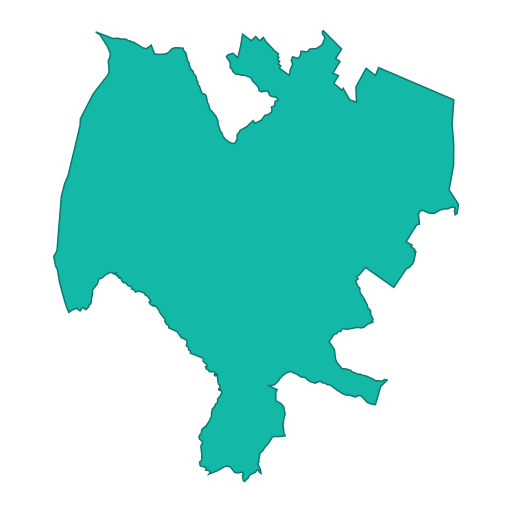 the district of Xaltocan, Tlaxcala, Mexico
{"feature_id": "50627088B23292319838140", "entity_name": "Xaltocan", "entity_type": "district", "adm_level": 2, "iso_a3": "MEX", "parent_name": "Mexico", "parent_adm1": "Tlaxcala", "projection": "orthographic", "projection_center": [-98.236, 19.419], "detail": "fine", "context": "isolated", "style": "filled", "palette": "teal", "viewbox_px": 512, "rotation_deg": 0, "n_neighbors": 0, "source": "geoboundaries", "source_scale": "gbopen_adm2", "svg_char_len": 5958}
<svg xmlns="http://www.w3.org/2000/svg" viewBox="0 0 512 512"><path d="M453.8,99.8L378.6,67.6L375.5,75.5L366.1,68.3L355.9,87.1L356.5,102.2L349.6,99.7L343.2,88.4L342.1,90.3L333.8,83.4L338.5,75.6L332.8,73.3L340.0,61.4L335.6,58.6L341.6,49.0L323.3,30.7L322.4,31.7L322.3,32.7L322.6,34.1L324.1,36.1L324.8,38.5L322.2,44.5L321.3,45.4L316.3,48.6L309.5,49.1L308.4,51.0L306.8,51.7L305.5,51.9L301.8,51.1L300.9,51.6L300.5,55.1L298.8,57.7L297.7,58.3L292.6,56.8L291.3,60.5L292.6,64.3L290.0,70.4L290.0,72.8L289.1,75.2L279.3,68.1L280.8,65.8L278.1,64.0L279.7,61.3L277.4,59.6L278.9,57.5L277.5,56.1L278.5,53.8L274.7,50.9L265.8,41.5L263.3,37.4L259.6,40.8L255.7,36.5L251.3,40.7L242.6,34.2L240.6,46.3L237.8,57.8L233.1,53.3L228.5,54.6L226.5,56.4L226.7,57.5L228.7,60.0L230.3,63.2L230.2,67.7L231.9,69.1L233.1,71.9L235.9,74.2L238.5,74.3L242.1,75.4L242.8,75.1L245.0,75.4L250.7,77.5L252.7,81.1L257.6,86.1L258.7,88.4L259.1,90.7L262.1,91.9L263.0,91.3L264.9,91.4L267.7,90.7L268.2,91.2L268.2,92.4L269.1,92.8L269.0,94.4L270.2,95.8L273.5,96.9L275.9,97.0L278.3,100.0L275.1,101.4L274.5,105.9L271.4,107.0L272.0,109.8L271.2,112.5L267.6,114.8L265.0,115.2L262.4,118.7L261.8,120.2L260.5,120.3L259.1,121.5L254.5,123.2L253.1,120.6L246.5,126.9L240.1,130.3L239.4,131.9L237.2,134.4L237.2,137.5L236.6,140.2L234.8,143.2L233.6,143.7L229.9,142.6L224.5,138.6L224.0,137.4L223.2,136.9L221.9,133.1L220.0,130.3L218.2,124.5L217.8,120.6L215.5,115.4L214.7,115.1L212.1,111.4L210.1,109.9L208.9,105.4L206.8,100.7L207.1,99.7L206.2,96.1L204.8,94.1L202.5,93.6L201.7,92.6L199.3,86.0L197.9,84.3L198.0,82.1L196.6,80.0L196.1,76.6L193.7,73.7L193.1,71.3L192.6,70.6L190.8,70.0L190.9,68.7L189.3,65.6L189.0,62.7L187.5,60.5L185.9,53.0L183.7,50.5L183.0,48.1L175.5,47.7L173.2,48.2L171.5,49.2L169.0,52.0L167.0,53.4L164.0,54.1L159.1,54.4L154.6,54.0L151.2,45.1L146.4,48.7L143.0,48.0L133.9,42.3L132.1,42.0L129.9,40.8L128.5,40.8L125.8,39.1L121.3,39.1L117.5,38.2L112.8,38.5L95.7,31.9L100.0,34.8L107.4,46.4L109.7,51.9L110.2,53.5L110.0,56.6L108.2,61.5L108.8,65.0L109.0,72.6L107.5,75.4L93.1,94.0L80.4,118.8L80.0,125.9L68.2,175.2L64.6,183.7L61.3,196.7L57.1,249.7L56.3,252.1L53.7,256.4L55.7,266.3L57.5,269.8L59.5,282.0L62.7,294.2L66.0,305.5L68.1,310.7L68.9,312.4L72.1,310.1L76.2,308.4L77.5,308.9L79.1,310.5L80.5,310.8L82.0,307.9L82.9,307.6L85.5,309.5L86.2,309.5L88.6,306.9L89.2,304.4L90.3,304.4L91.3,302.3L91.5,298.1L92.5,294.9L92.5,290.8L92.8,289.7L97.4,283.8L98.8,279.5L99.6,278.6L101.6,278.3L105.9,274.6L110.5,272.4L111.4,272.4L114.7,274.4L115.2,274.3L115.3,272.8L116.0,272.9L116.7,275.5L117.7,276.4L117.8,275.8L118.3,275.9L118.8,277.9L119.7,278.2L120.4,277.6L120.9,278.0L121.8,281.0L124.0,282.9L124.7,282.5L126.4,283.4L127.8,285.6L131.5,286.7L131.5,288.9L133.9,289.8L135.5,292.1L137.7,291.3L139.7,291.4L142.1,292.0L144.7,293.6L145.3,295.1L147.6,296.2L150.9,301.2L149.1,302.0L149.7,303.6L153.0,305.9L153.8,306.1L153.9,305.4L156.0,306.4L158.9,310.2L160.2,313.2L165.4,319.7L164.8,321.1L166.6,324.4L168.5,325.4L168.8,327.8L177.1,331.6L181.2,337.6L184.7,339.1L186.9,340.7L187.2,342.0L186.3,345.8L188.3,347.2L188.8,350.1L190.5,351.0L190.4,353.2L202.8,358.0L203.2,358.7L203.2,361.3L207.3,365.2L207.0,366.6L205.5,366.8L206.3,369.0L208.3,370.0L209.3,371.5L211.1,371.9L213.7,371.6L214.4,372.0L214.9,372.6L214.4,374.3L214.6,375.3L215.3,375.9L215.9,375.9L216.2,373.5L217.4,374.0L217.6,379.7L218.5,384.3L219.8,385.3L220.0,386.9L220.1,388.9L218.8,388.7L218.6,389.5L219.0,390.1L221.1,390.6L222.0,392.8L220.8,394.4L219.7,397.0L218.6,397.5L217.5,399.6L217.6,402.6L215.4,404.2L214.9,406.2L212.2,409.3L211.5,413.5L211.5,416.5L210.3,418.3L210.1,419.7L206.0,426.1L204.1,427.3L201.8,429.7L201.2,433.3L199.3,435.7L199.0,436.9L199.6,439.2L202.3,441.4L202.6,442.4L200.8,446.3L202.0,455.7L201.7,456.6L201.7,460.4L199.6,462.0L200.2,465.8L204.3,466.9L206.3,468.1L205.7,470.1L208.6,470.5L209.8,471.5L210.0,472.8L209.0,474.1L217.6,470.6L224.8,466.5L226.6,466.2L229.5,466.6L231.2,467.7L233.9,471.6L235.2,472.6L238.3,473.0L241.4,472.1L243.5,473.4L242.4,476.2L243.4,480.8L244.9,481.3L246.5,479.2L247.7,478.6L249.9,474.9L255.5,472.1L256.7,470.4L257.7,470.0L258.9,470.6L259.2,472.0L261.0,473.3L260.4,469.4L257.7,463.8L259.0,462.1L258.6,461.0L259.8,454.8L259.5,453.7L263.3,450.0L264.6,447.8L269.8,441.4L272.1,437.3L274.6,436.5L279.9,436.5L285.2,435.8L284.0,433.2L283.0,425.1L283.8,419.1L285.1,414.1L283.6,406.5L280.5,403.2L276.8,401.3L275.9,400.1L275.8,391.8L277.2,389.6L267.4,385.2L270.1,386.0L271.7,385.2L274.3,384.9L278.4,381.0L279.6,378.6L281.3,377.5L282.2,376.0L286.7,372.7L290.1,371.6L291.6,371.9L296.6,374.1L301.1,377.0L305.3,377.5L306.9,379.4L310.1,381.5L315.3,383.3L316.1,382.2L316.9,382.5L319.7,381.3L321.1,381.6L322.6,382.9L325.1,383.2L327.4,384.7L330.3,385.0L337.6,390.5L343.0,393.9L346.8,395.2L349.2,395.0L355.5,397.1L358.3,395.5L360.4,395.8L361.7,396.4L367.4,402.5L372.2,404.3L375.4,404.6L380.7,386.4L387.1,380.2L387.0,379.8L386.3,380.1L384.4,379.5L382.4,381.1L376.7,380.7L375.9,381.2L374.1,379.6L365.7,375.8L362.3,375.3L360.0,374.0L359.1,374.5L352.4,372.0L350.7,370.3L346.4,369.0L341.4,368.5L341.3,367.6L336.4,361.8L336.4,360.7L335.6,359.6L334.4,349.6L329.2,341.7L333.9,334.5L335.0,333.8L336.6,333.8L338.1,331.5L340.7,331.5L341.5,329.8L342.8,328.6L347.0,329.3L357.3,327.4L361.5,327.9L364.0,327.2L367.3,324.4L372.9,322.1L371.9,321.3L373.0,319.8L372.9,318.9L370.5,313.9L370.7,311.8L370.3,310.3L368.0,308.1L367.1,304.7L363.7,298.1L359.9,292.2L359.8,288.1L357.9,286.4L356.2,282.5L355.7,280.7L358.2,279.0L356.4,276.7L359.1,275.0L365.6,267.5L393.8,287.4L406.4,268.7L408.6,267.8L410.6,266.0L412.6,263.8L413.9,261.0L415.8,251.7L414.2,251.6L415.0,249.7L411.0,246.6L412.1,245.1L406.1,241.7L416.3,225.4L417.5,224.5L419.3,224.2L419.1,219.5L418.3,215.1L419.5,211.8L421.4,210.5L423.4,210.5L427.9,212.7L430.9,213.4L434.2,213.4L440.1,210.0L444.5,208.9L447.9,208.8L451.0,207.4L453.4,207.0L455.2,208.0L454.4,211.3L455.2,214.8L457.1,213.4L458.3,205.1L458.1,203.8L449.1,189.9L453.6,165.2L453.7,144.0L452.1,123.9L453.8,99.8Z" fill="#14b8a6" stroke="#0f766e" stroke-width="1.5"/></svg>